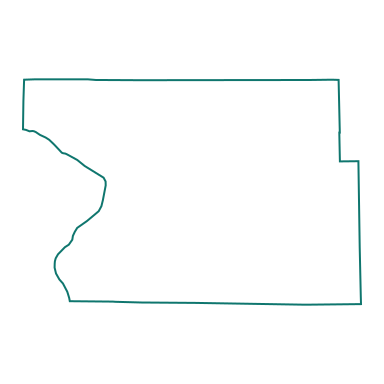 Madison, Illinois, United States of America (Equal Earth projection)
{"feature_id": "52423323B93298735954230", "entity_name": "Madison", "entity_type": "district", "adm_level": 2, "iso_a3": "USA", "parent_name": "United States of America", "parent_adm1": "Illinois", "projection": "equal_earth", "projection_center": [-90.091, 38.828], "detail": "fine", "context": "isolated", "style": "outline", "palette": "teal", "viewbox_px": 384, "rotation_deg": 0, "n_neighbors": 0, "source": "geoboundaries", "source_scale": "gbopen_adm2", "svg_char_len": 887}
<svg xmlns="http://www.w3.org/2000/svg" viewBox="0 0 384 384"><path d="M87.4,79.3L35.8,79.3L24.1,79.7L23.4,101.2L23.0,129.3L26.0,129.9L29.5,131.3L32.4,131.0L33.8,131.2L35.7,132.0L40.0,134.9L45.6,137.5L49.2,139.8L53.9,144.3L56.1,146.6L61.8,152.7L63.0,153.2L65.4,153.6L67.1,154.4L77.3,160.0L84.7,166.0L103.6,177.7L105.6,181.5L105.7,185.4L102.9,200.1L101.4,206.2L98.7,211.2L87.0,221.0L77.3,227.8L77.2,227.9L74.8,231.8L72.9,235.9L72.3,239.7L68.8,244.7L64.9,247.2L58.0,254.3L55.7,258.3L55.0,260.9L54.9,261.3L54.7,263.6L54.6,267.6L56.0,273.5L59.4,279.5L59.5,279.6L61.7,282.1L62.9,283.4L67.3,291.8L69.2,298.0L69.8,301.2L112.9,301.6L115.3,301.8L141.4,302.5L195.4,302.9L305.4,304.7L361.0,304.1L360.8,297.0L359.7,247.0L358.4,161.2L339.9,161.4L339.3,132.6L339.8,132.6L338.6,79.9L331.8,79.7L309.2,80.0L139.2,80.2L101.3,80.0L96.1,80.0L87.4,79.3Z" fill="none" stroke="#0f766e" stroke-width="2"/></svg>